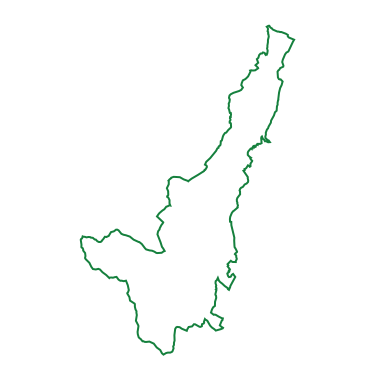 outline of Agrij, Salaj, Romania, rotated 85°
{"feature_id": "2599482B62013931354747", "entity_name": "Agrij", "entity_type": "district", "adm_level": 2, "iso_a3": "ROU", "parent_name": "Romania", "parent_adm1": "Salaj", "projection": "equal_earth", "projection_center": [23.096, 47.059], "detail": "fine", "context": "isolated", "style": "outline", "palette": "green", "viewbox_px": 384, "rotation_deg": 85, "n_neighbors": 0, "source": "geoboundaries", "source_scale": "gbopen_adm2", "svg_char_len": 6036}
<svg xmlns="http://www.w3.org/2000/svg" viewBox="0 0 384 384"><g transform="rotate(85 192 192)"><path d="M253.6,300.4L257.8,298.8L260.1,297.4L260.8,294.6L260.4,292.0L261.2,290.4L264.1,288.2L267.3,284.6L270.5,281.9L270.1,281.5L270.2,279.3L270.5,278.3L270.1,276.2L270.0,274.6L272.9,272.8L273.8,271.7L274.2,271.0L274.2,269.9L274.9,267.7L274.6,265.5L279.3,264.1L284.2,263.5L286.3,264.5L287.1,265.3L287.5,265.3L291.3,263.5L294.8,263.2L298.2,258.9L298.7,258.7L301.4,258.9L304.1,258.5L305.9,257.7L307.4,257.9L309.8,257.7L315.4,259.1L320.3,257.1L321.3,257.1L326.6,258.4L328.9,258.4L332.0,257.8L333.1,257.0L333.9,256.0L336.4,254.3L336.4,253.4L337.1,252.4L337.4,250.9L337.3,247.5L339.7,243.3L343.8,240.7L346.7,237.4L350.0,236.0L351.5,234.6L350.2,231.9L349.9,230.3L350.1,227.7L349.6,226.1L349.1,225.4L346.2,224.0L344.2,224.2L342.8,223.3L340.6,223.1L338.5,222.3L333.1,222.0L327.0,220.7L325.6,219.7L325.1,218.6L325.6,216.1L327.3,214.1L329.8,209.3L328.6,208.8L326.2,207.1L325.9,203.6L323.9,201.6L324.1,200.4L326.9,196.3L327.1,195.4L326.6,193.9L324.6,193.6L324.0,191.8L323.3,191.3L322.3,191.4L319.7,190.2L320.5,189.6L320.9,188.8L321.7,187.9L326.7,185.6L328.7,184.0L330.8,181.5L332.1,180.4L331.1,175.0L330.8,174.5L330.6,173.4L330.3,173.1L330.0,172.9L328.9,174.4L327.3,175.9L322.6,173.5L322.4,172.9L320.6,172.3L320.3,173.3L318.5,176.2L316.4,179.1L316.1,180.2L316.2,181.1L313.8,183.6L310.7,182.3L308.7,181.0L307.5,179.1L303.3,178.6L299.6,177.1L297.5,177.1L296.5,177.6L295.8,177.6L291.7,176.2L291.2,176.8L290.0,176.0L288.6,176.5L287.3,176.0L285.1,176.5L283.8,176.4L282.8,176.1L282.0,175.0L279.8,173.7L282.7,172.9L284.2,171.8L285.9,169.9L288.5,167.6L291.1,164.5L291.5,164.8L291.9,164.7L292.7,163.7L289.9,162.2L289.0,162.0L280.4,156.3L277.2,158.2L278.0,159.6L279.7,160.7L279.9,161.2L280.0,162.6L278.8,163.4L276.6,163.9L276.2,163.9L274.8,161.9L274.0,161.6L273.8,162.3L273.3,162.0L272.3,161.0L269.2,163.0L268.3,162.2L267.0,162.9L263.9,159.3L265.2,157.9L265.6,154.5L264.6,154.4L262.6,153.2L260.6,153.6L259.1,153.5L257.6,154.7L257.1,154.3L255.7,152.4L255.4,152.3L251.8,153.7L251.0,154.3L249.6,154.4L244.0,154.2L241.2,153.8L228.5,155.7L225.2,155.5L224.9,156.7L222.3,156.6L220.1,156.1L216.4,154.2L214.8,152.8L214.4,152.0L211.5,147.9L211.1,148.1L209.4,147.4L207.4,147.9L206.3,147.7L205.4,148.1L203.4,148.0L201.8,147.3L198.5,144.3L195.5,144.1L194.7,144.5L193.1,143.8L192.1,142.8L191.3,140.8L189.1,138.9L188.3,136.8L186.9,135.3L185.5,135.0L183.0,135.3L182.0,135.1L175.3,138.9L174.8,137.6L173.7,137.7L173.5,136.8L172.9,135.9L170.3,133.9L170.9,133.0L171.9,132.3L171.5,131.5L168.9,131.3L166.5,129.4L166.2,129.3L164.6,130.6L163.4,131.0L163.0,130.3L161.4,132.1L159.9,133.2L157.7,133.0L156.6,132.5L153.9,129.8L153.8,129.1L154.4,128.6L153.1,128.0L151.6,126.8L151.4,126.0L152.1,125.5L152.8,125.7L152.4,125.1L152.5,124.7L151.2,124.1L150.4,123.3L150.8,122.5L149.8,122.4L150.0,119.9L149.4,118.4L144.4,118.4L143.2,118.0L142.8,117.5L145.2,116.8L146.5,115.3L147.8,114.9L147.8,114.0L149.1,111.8L149.1,110.1L147.5,111.0L146.6,112.4L144.6,114.1L143.1,114.1L141.3,113.4L139.3,113.3L136.3,111.9L135.2,110.7L133.5,110.0L129.8,107.4L127.8,107.0L122.9,103.7L119.8,102.4L118.4,100.6L114.0,99.9L112.5,99.1L110.7,99.0L108.2,98.3L107.7,97.9L107.2,98.0L100.5,96.6L96.1,95.1L93.3,93.4L89.8,92.1L87.5,93.9L87.5,94.8L87.1,95.6L85.4,96.4L79.6,96.3L78.4,95.4L77.7,94.3L76.3,93.4L75.1,90.2L74.1,89.9L70.4,90.8L68.1,90.0L63.0,87.3L61.3,85.8L60.5,83.9L59.8,83.4L51.2,78.4L49.2,77.0L46.5,82.1L45.3,83.0L43.9,82.8L42.5,84.7L40.4,89.1L40.3,89.7L40.4,90.2L39.8,91.5L39.6,93.0L37.4,97.0L36.8,97.7L35.9,98.2L35.3,99.2L34.4,99.9L32.5,100.8L32.8,100.8L33.9,103.1L35.2,102.2L36.4,102.1L38.5,102.7L39.3,102.2L41.2,102.4L41.5,102.1L44.0,102.0L47.2,103.1L49.4,103.3L53.0,104.2L54.2,104.2L55.4,104.7L57.9,104.3L60.7,105.0L61.7,105.6L61.1,106.3L61.1,106.5L61.6,106.8L61.2,107.1L60.4,107.0L59.4,108.3L59.2,109.3L60.1,110.1L60.1,111.7L61.5,113.2L64.1,114.2L65.3,115.8L69.0,114.8L71.2,117.7L74.0,115.4L74.5,115.3L76.3,118.5L76.3,120.8L75.9,122.4L76.1,123.5L76.9,123.2L77.3,123.3L81.7,126.0L83.5,128.1L84.3,129.3L85.2,131.6L87.7,132.9L89.8,133.6L92.4,132.2L94.6,134.1L95.5,136.3L96.8,142.0L98.0,144.9L99.1,146.2L101.2,146.9L102.2,146.8L102.8,146.3L103.7,146.4L105.8,146.9L107.0,147.7L109.5,147.7L111.6,148.4L112.9,147.9L116.5,147.4L116.6,146.5L117.4,146.4L118.5,146.4L119.8,146.9L120.5,146.8L120.5,147.5L121.9,147.8L122.8,147.4L123.6,147.4L124.8,148.3L125.5,148.4L125.8,148.2L126.3,148.4L127.0,147.3L130.7,147.4L131.2,147.7L133.4,150.5L135.8,152.7L136.1,154.0L137.7,155.4L139.2,156.3L143.3,157.8L143.9,158.9L146.7,159.3L148.0,159.8L148.5,160.8L149.2,161.6L150.2,161.7L150.8,163.0L153.1,164.4L159.8,170.9L163.2,175.2L165.9,176.7L166.7,175.5L167.5,175.0L168.4,175.0L169.8,175.9L171.1,176.9L171.0,177.5L172.1,178.1L175.4,184.4L178.6,191.1L180.3,193.9L181.0,194.8L180.5,195.3L178.7,199.2L176.2,202.8L175.4,208.3L175.3,209.0L176.0,211.5L176.5,211.7L177.4,213.2L178.7,214.5L179.1,214.2L182.3,214.5L186.0,216.7L189.1,215.7L192.9,215.9L193.4,216.2L193.8,216.9L194.6,217.2L195.5,216.1L198.1,215.1L201.4,215.4L203.6,214.8L203.3,215.8L204.1,217.5L204.4,218.9L206.8,221.1L207.8,223.0L210.1,226.2L211.2,227.3L213.3,229.0L219.7,223.3L220.7,223.9L222.3,225.4L225.5,227.4L226.5,227.6L227.8,228.9L228.8,229.4L231.2,230.1L239.4,227.7L244.0,226.7L245.8,225.6L248.4,224.4L248.8,225.7L249.9,227.5L249.8,232.1L249.4,233.1L248.2,234.6L247.0,236.9L246.5,239.3L245.2,242.7L244.0,243.7L239.5,246.5L237.3,248.8L237.2,249.4L234.4,254.3L231.0,257.8L229.3,261.7L228.6,264.0L227.5,266.0L223.8,268.5L223.0,269.7L222.9,270.9L224.4,273.3L224.9,276.2L228.6,278.9L228.9,280.1L229.4,281.0L229.0,282.7L231.1,284.4L232.7,286.1L233.2,286.3L233.8,287.4L233.7,289.1L232.8,290.6L231.0,292.0L230.8,293.1L229.0,294.8L228.6,296.8L228.2,297.1L227.9,298.3L227.8,299.2L228.0,301.1L227.3,302.7L227.1,304.0L226.7,304.8L228.3,305.4L228.8,305.8L229.0,306.4L229.9,307.0L234.9,306.7L237.2,307.0L237.7,306.8L238.3,305.9L238.7,305.7L239.9,305.4L240.9,305.5L243.5,303.8L246.5,303.7L248.4,304.3L249.6,303.8L253.6,300.4Z" fill="none" stroke="#15803d" stroke-width="2"/></g></svg>